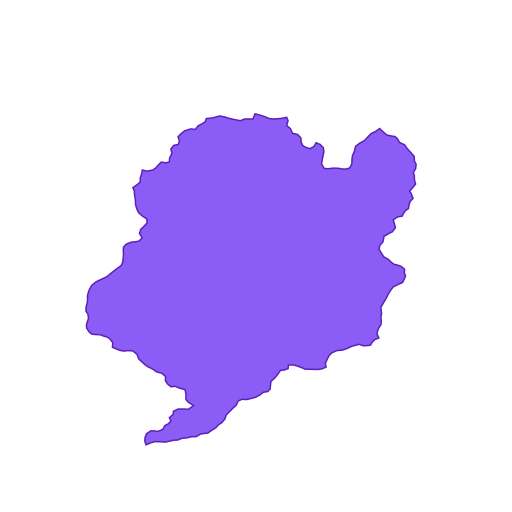 Cláudio, Minas Gerais, Brazil, rotated 248°
{"feature_id": "56859067B78094435650232", "entity_name": "Cláudio", "entity_type": "district", "adm_level": 2, "iso_a3": "BRA", "parent_name": "Brazil", "parent_adm1": "Minas Gerais", "projection": "natural_earth1", "projection_center": [-44.782, -20.402], "detail": "fine", "context": "isolated", "style": "filled", "palette": "violet", "viewbox_px": 512, "rotation_deg": 248, "n_neighbors": 0, "source": "geoboundaries", "source_scale": "gbopen_adm2", "svg_char_len": 3759}
<svg xmlns="http://www.w3.org/2000/svg" viewBox="0 0 512 512"><g transform="rotate(248 256 256)"><path d="M250.6,423.2L255.6,423.3L258.7,422.8L260.5,426.6L262.9,430.9L267.5,431.5L271.3,433.0L274.3,433.0L277.2,436.7L281.0,438.8L284.8,438.5L289.1,440.0L295.0,437.9L299.0,436.4L303.3,435.5L307.6,431.6L311.7,431.1L314.7,429.6L316.6,426.4L319.2,422.5L324.3,420.0L327.9,418.4L326.7,413.7L326.4,408.6L324.4,404.1L322.4,399.7L321.7,394.1L320.4,389.4L316.2,386.4L313.0,383.1L309.5,381.1L305.5,379.4L302.5,375.8L302.9,371.9L304.4,368.6L306.5,365.2L308.5,360.7L309.9,355.5L311.7,352.0L316.9,351.3L320.7,353.7L324.0,355.8L327.1,357.9L331.1,359.0L335.5,357.2L338.5,354.1L336.0,351.1L335.2,346.4L338.1,342.8L341.0,340.7L344.5,340.5L348.6,341.8L353.0,340.2L356.1,335.8L361.4,335.6L365.4,333.3L369.5,336.4L373.1,336.4L373.9,331.9L375.0,327.9L376.7,323.1L378.9,319.2L381.2,317.1L383.5,314.4L385.7,311.7L388.2,308.4L384.1,304.3L386.0,300.1L387.3,296.7L387.3,292.2L389.2,289.2L391.7,285.5L394.0,282.2L396.6,279.2L399.5,274.7L400.0,270.0L400.7,265.8L402.1,261.4L399.4,259.2L398.7,254.7L398.4,251.1L396.1,247.2L398.3,243.1L398.8,236.7L397.4,232.2L395.8,228.4L391.3,228.1L388.5,225.6L389.4,221.2L387.0,217.1L382.7,216.5L379.2,212.6L375.7,210.9L376.2,207.1L378.6,203.4L376.8,199.2L375.2,196.2L374.4,192.5L375.4,186.9L378.3,182.8L375.7,181.3L371.5,177.8L367.9,176.2L366.5,172.0L365.5,167.5L361.7,167.5L358.0,166.2L353.7,165.3L348.8,163.6L344.1,163.1L340.1,163.4L335.3,165.8L331.4,168.6L327.6,167.5L325.8,163.9L323.9,159.2L320.5,156.4L315.6,157.3L313.6,153.1L314.5,149.2L315.6,145.2L315.6,140.1L313.9,136.5L310.6,134.9L307.0,133.7L302.7,131.5L300.0,130.0L297.6,127.3L296.4,122.3L294.7,116.4L292.7,109.9L292.3,103.5L292.0,98.1L290.2,92.6L287.4,89.0L285.0,86.9L282.3,84.8L278.7,83.5L275.5,81.8L272.5,79.4L268.6,77.7L264.6,78.4L260.5,77.1L258.1,74.8L255.4,72.8L252.5,72.0L248.2,72.8L245.0,74.5L243.1,78.2L241.4,82.0L238.8,84.8L236.8,87.5L234.2,89.4L229.3,90.7L225.1,88.7L222.6,91.2L219.6,94.3L217.4,97.7L216.3,101.7L214.2,106.2L209.4,108.8L204.5,108.7L200.2,110.7L197.5,112.0L194.0,114.1L189.8,117.9L185.7,120.5L182.7,124.6L178.3,127.0L174.4,125.3L170.6,126.0L166.6,128.2L165.4,132.4L162.3,135.4L158.7,140.1L154.6,139.4L149.3,137.3L146.2,138.2L143.6,140.0L140.7,142.0L139.2,135.9L141.3,131.5L143.3,126.5L143.0,121.3L140.2,119.9L138.6,115.1L134.8,115.3L133.2,111.6L132.9,107.9L130.2,104.8L130.1,99.2L131.9,96.2L133.3,93.1L132.2,87.9L129.3,85.1L125.8,83.5L122.1,83.4L122.2,88.7L121.7,92.8L119.8,97.3L117.4,102.4L116.5,107.7L115.9,111.2L114.7,114.5L114.7,119.4L113.3,123.7L112.6,128.4L110.9,133.0L111.7,138.1L109.9,145.1L111.1,150.3L111.7,154.2L113.5,157.8L114.3,162.0L116.5,166.0L119.7,168.8L121.4,172.6L123.6,177.7L125.1,181.9L128.2,184.9L128.4,189.2L126.4,193.7L125.7,198.4L125.2,202.8L125.7,207.5L126.9,211.8L125.9,216.1L127.5,219.4L130.5,220.9L134.1,222.8L135.9,227.7L138.1,231.8L140.8,235.8L139.7,239.5L139.6,243.6L142.7,245.2L141.2,249.4L138.5,253.1L135.7,256.2L132.7,259.2L129.8,265.8L127.5,271.1L126.6,275.4L126.8,279.4L130.5,280.1L133.6,283.3L136.4,286.6L137.8,290.0L138.0,295.6L136.4,300.7L136.1,305.6L136.4,311.1L135.6,318.3L132.6,321.9L131.3,325.3L130.5,328.8L132.7,331.6L134.0,335.0L134.0,339.2L138.7,339.0L142.8,342.2L145.6,346.2L149.1,347.9L152.8,349.0L155.5,350.9L158.5,351.6L161.7,352.6L164.8,356.6L168.2,361.1L171.3,364.5L173.8,368.0L175.9,371.6L176.4,376.8L176.5,381.9L179.3,385.1L181.6,387.3L184.5,387.1L188.1,388.8L191.9,386.8L194.5,383.9L196.6,380.9L199.2,379.2L203.2,377.5L207.5,374.1L213.1,373.1L216.1,372.7L219.4,374.7L221.5,379.0L226.3,382.1L227.1,387.5L227.4,391.6L229.9,395.8L233.9,396.4L238.1,396.8L239.2,401.9L238.2,406.4L240.3,408.8L242.1,411.6L242.9,415.2L245.8,416.8L248.8,419.4L250.6,423.2Z" fill="#8b5cf6" stroke="#5b21b6" stroke-width="1.5"/></g></svg>